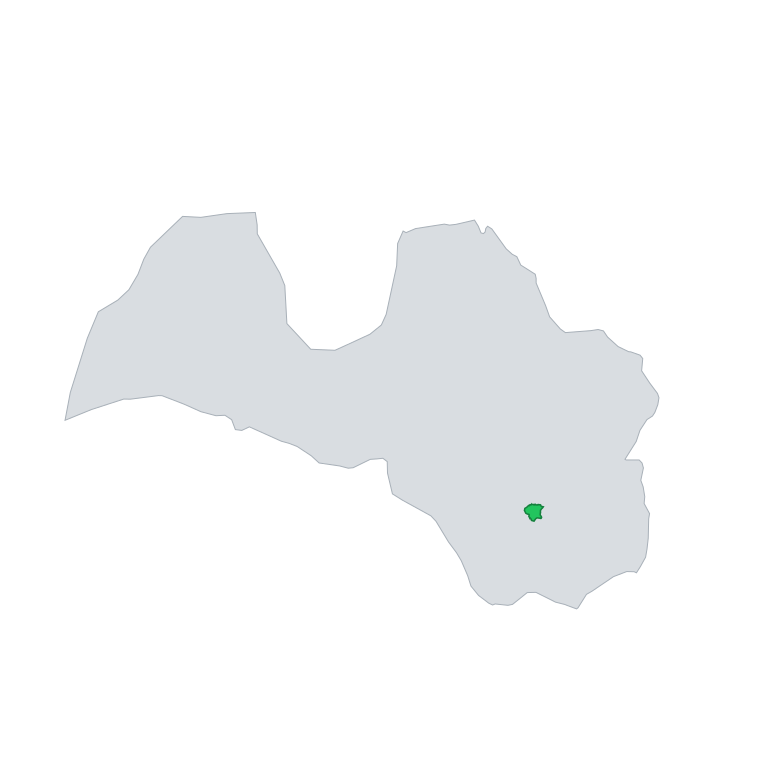 location of Riebiņu pag., Riebinu, Latvia, rotated 16°
{"feature_id": "27541924B17369657995455", "entity_name": "Riebiņu pag.", "entity_type": "district", "adm_level": 2, "iso_a3": "LVA", "parent_name": "Latvia", "parent_adm1": "Riebinu", "projection": "mercator", "projection_center": [26.752, 56.344], "detail": "fine", "context": "in_parent", "style": "filled", "palette": "green", "viewbox_px": 768, "rotation_deg": 16, "n_neighbors": 0, "source": "geoboundaries", "source_scale": "gbopen_adm2", "svg_char_len": 4428}
<svg xmlns="http://www.w3.org/2000/svg" viewBox="0 0 768 768"><g transform="rotate(16 384 384)"><path d="M549.3,566.5L545.1,565.8L533.2,561.2L523.3,554.3L517.3,545.2L507.0,532.6L500.2,526.2L489.6,518.1L471.8,501.6L465.4,497.8L433.8,490.6L422.4,487.3L411.9,468.6L408.5,457.7L403.4,455.7L397.7,458.0L391.6,460.2L377.4,473.0L372.8,474.8L364.0,475.0L343.4,477.8L334.0,473.1L317.7,468.0L308.9,467.2L301.1,467.3L266.4,462.3L260.1,467.8L253.7,468.8L247.4,460.3L239.7,457.9L231.2,460.8L215.7,461.1L197.3,458.5L173.9,456.4L170.4,457.3L144.4,468.5L138.0,470.2L109.8,489.2L87.4,506.8L84.8,478.6L86.2,421.7L89.5,393.3L105.0,376.7L112.8,363.7L117.3,346.3L118.7,330.2L121.8,316.9L144.2,278.4L162.0,274.3L186.1,263.5L213.0,254.6L218.2,266.0L220.8,274.6L253.2,306.1L261.5,316.7L274.0,352.7L304.0,370.8L327.6,365.1L337.9,356.3L356.8,340.0L365.2,328.0L366.9,316.5L363.6,266.9L358.4,245.2L360.2,231.7L363.5,232.4L371.5,225.9L397.9,213.7L403.2,213.2L409.2,210.7L425.8,201.5L431.2,206.4L435.6,212.0L438.1,212.0L439.3,210.0L439.0,206.4L440.1,203.8L444.9,205.2L464.2,220.4L471.6,224.0L476.6,225.0L482.7,232.0L499.1,236.8L501.1,240.5L502.4,245.0L517.8,264.2L524.7,273.8L538.3,282.5L544.2,284.6L568.1,275.7L574.8,272.6L580.3,272.5L585.9,277.2L598.7,283.5L610.3,285.5L612.4,285.1L622.2,285.7L625.7,288.2L628.0,300.3L639.1,309.8L649.5,317.7L652.1,321.4L652.9,328.4L652.2,336.6L650.9,340.8L646.6,345.7L642.8,358.0L642.3,369.7L636.4,389.9L637.7,390.3L650.2,386.7L653.8,388.8L656.5,393.2L657.4,405.8L661.5,411.5L665.7,420.4L667.0,427.2L675.0,435.4L675.6,440.7L680.5,459.4L682.3,470.1L683.2,478.4L680.8,488.8L678.7,495.9L676.2,495.5L669.0,497.4L657.7,505.9L640.9,526.0L636.6,530.4L632.2,545.6L631.1,547.1L621.3,546.4L618.7,546.1L608.9,546.4L587.5,542.4L579.2,545.0L568.3,560.4L564.1,562.6L551.5,564.8L549.3,566.5Z" fill="#d9dde1" stroke="#a8b0b8" stroke-width="1"/><path d="M553.7,464.7L553.7,465.2L553.8,465.8L553.8,466.0L553.8,466.4L553.8,466.8L554.0,467.0L554.4,467.4L554.6,467.6L554.7,467.8L555.0,468.1L555.2,468.3L555.4,468.5L555.5,468.7L555.9,469.1L556.1,469.2L556.8,469.3L557.5,469.5L557.8,469.5L558.0,469.5L558.1,469.4L558.6,469.4L558.8,469.4L559.1,469.4L559.5,469.4L559.6,469.5L559.6,470.4L559.7,470.7L559.7,470.8L559.7,471.0L559.7,471.3L559.8,471.4L560.2,471.7L560.4,472.0L560.6,472.1L560.9,472.2L560.8,472.3L560.8,472.5L561.3,473.0L561.5,473.3L561.7,473.2L561.9,473.2L562.0,473.2L562.6,473.2L562.7,473.4L562.8,473.5L563.0,473.8L563.2,474.2L563.3,474.4L563.4,474.5L563.7,474.5L563.8,474.5L564.1,474.5L564.4,474.5L565.5,474.5L565.9,474.5L566.0,474.5L566.0,474.4L566.1,474.1L566.2,473.8L566.4,473.4L566.4,473.2L566.5,473.2L566.6,472.9L566.7,472.6L566.8,472.3L566.9,472.0L567.0,471.7L567.2,471.4L567.7,470.8L567.8,470.7L568.1,470.5L568.5,470.4L569.4,470.3L569.7,470.2L569.8,470.2L570.1,470.1L570.6,470.1L571.5,470.1L571.8,470.0L571.8,469.9L572.0,469.9L572.1,469.7L571.9,469.5L571.9,469.4L572.0,469.4L572.1,469.2L572.0,468.9L572.2,468.7L572.0,468.4L571.9,468.3L571.9,468.2L571.7,468.0L571.6,467.9L571.1,467.5L570.4,467.0L570.3,466.8L570.3,466.7L570.2,466.6L569.9,465.7L569.9,465.4L569.8,464.8L569.8,464.6L569.7,464.2L569.8,464.2L569.6,463.7L569.6,463.4L569.4,463.1L569.4,462.9L569.3,462.4L569.2,462.2L569.3,462.0L569.3,461.9L569.4,461.7L569.5,461.7L569.6,461.3L569.7,461.1L569.8,460.7L570.0,460.3L570.2,460.0L570.3,459.9L570.4,459.7L570.5,459.5L570.6,459.3L570.8,458.7L571.0,458.1L570.9,458.1L570.5,458.1L570.3,458.1L570.2,458.3L570.1,458.5L569.7,458.4L569.1,458.2L568.6,457.9L568.2,457.8L568.0,457.2L567.8,457.0L567.7,457.0L567.3,457.0L567.1,457.1L566.8,457.2L566.6,457.3L566.4,457.4L566.2,457.2L565.6,457.3L565.3,457.4L565.3,457.6L565.2,457.7L565.2,457.8L565.0,458.0L564.9,458.0L564.6,458.0L564.4,458.0L564.2,458.1L563.9,458.3L563.6,458.4L563.1,458.1L562.8,457.9L562.6,457.9L562.4,458.0L562.3,458.4L562.3,458.5L562.2,458.6L561.9,458.7L561.8,458.8L561.7,458.8L561.4,458.9L561.2,458.8L560.9,458.8L560.9,458.7L560.7,458.8L560.5,458.7L560.4,458.7L560.2,458.7L559.9,458.8L559.7,458.9L559.6,459.0L559.4,459.0L559.2,459.2L559.1,459.3L559.0,459.2L559.0,459.3L558.9,459.4L558.8,459.5L558.7,459.6L558.4,459.6L558.2,459.6L557.9,459.7L557.8,459.8L557.7,459.8L557.6,460.0L557.6,460.3L557.6,460.5L557.4,460.7L557.3,460.8L557.2,460.7L556.9,460.5L556.7,460.7L556.6,461.0L556.2,461.5L555.8,461.9L555.6,462.4L555.5,462.6L555.0,463.4L554.9,463.5L554.6,463.8L554.4,464.0L554.2,464.2L554.0,464.4L553.7,464.7Z" fill="#22c55e" stroke="#15803d" stroke-width="1.5"/></g></svg>